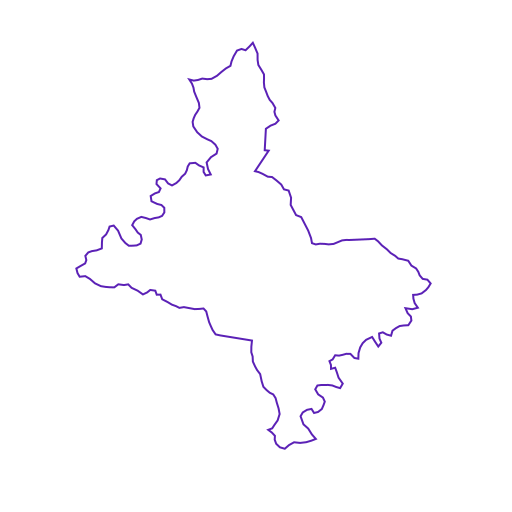 Faxinal dos Guedes, Santa Catarina, Brazil (orthographic projection), rotated 317°
{"feature_id": "56859067B8345863694460", "entity_name": "Faxinal dos Guedes", "entity_type": "district", "adm_level": 2, "iso_a3": "BRA", "parent_name": "Brazil", "parent_adm1": "Santa Catarina", "projection": "orthographic", "projection_center": [-52.248, -26.844], "detail": "fine", "context": "isolated", "style": "outline", "palette": "violet", "viewbox_px": 512, "rotation_deg": 317, "n_neighbors": 0, "source": "geoboundaries", "source_scale": "gbopen_adm2", "svg_char_len": 3780}
<svg xmlns="http://www.w3.org/2000/svg" viewBox="0 0 512 512"><g transform="rotate(317 256 256)"><path d="M327.6,81.4L326.7,86.3L325.1,90.2L322.9,93.6L320.9,98.8L318.6,105.1L315.7,109.1L311.7,110.4L307.8,111.3L304.3,112.8L301.1,114.7L298.5,118.5L297.4,125.4L297.9,131.7L300.0,137.5L301.7,141.5L302.2,146.9L301.1,151.5L297.0,154.2L290.5,153.0L283.7,153.9L280.2,159.7L278.5,165.5L274.2,162.8L275.0,158.8L278.1,155.5L276.1,150.9L275.2,146.5L270.7,143.0L267.1,144.0L263.9,146.1L260.3,147.5L255.7,147.4L251.6,148.3L247.5,148.3L242.7,147.1L241.2,143.0L241.7,137.9L238.7,133.9L235.2,132.9L232.3,135.5L232.3,141.5L228.6,143.0L224.8,141.3L219.9,140.3L216.9,144.7L219.2,150.5L221.6,154.2L221.8,158.2L218.7,161.6L214.7,162.6L211.2,161.4L207.7,159.1L203.4,157.0L201.4,153.2L198.8,149.2L194.3,147.6L190.6,147.6L186.5,149.0L186.1,154.3L185.5,158.2L186.1,162.0L183.7,166.0L180.0,168.2L176.0,166.9L173.0,164.5L170.0,161.8L169.3,157.4L169.5,151.4L172.4,143.4L172.7,136.7L169.0,134.6L165.9,136.3L161.1,138.0L155.9,138.0L152.7,140.9L148.4,145.3L143.3,143.2L139.3,140.5L135.8,139.0L131.3,139.5L129.1,143.3L126.0,144.9L120.6,143.6L116.1,142.6L113.8,146.8L112.9,150.9L117.4,154.3L118.9,159.5L119.6,166.2L122.0,172.3L124.9,176.0L127.8,179.2L131.0,182.3L136.0,182.8L139.6,187.2L143.2,189.6L143.3,194.4L145.8,200.7L147.1,207.0L151.5,208.4L155.5,208.7L158.7,212.7L157.0,216.6L159.8,219.1L157.9,223.7L160.0,229.6L161.3,234.2L163.3,238.1L164.6,241.7L168.4,244.2L172.1,249.2L174.9,253.0L178.5,256.1L181.8,258.6L181.8,262.6L179.4,267.0L176.6,272.4L175.3,276.0L173.8,280.5L173.0,285.8L175.7,289.7L195.4,315.1L190.8,319.1L186.9,323.2L185.0,327.2L181.7,331.1L180.0,336.2L179.0,340.2L178.5,345.2L174.7,351.5L172.2,356.7L172.3,361.3L172.8,365.4L174.2,369.0L173.4,373.3L171.1,377.6L168.6,382.8L165.5,387.7L159.7,391.0L154.3,392.1L150.3,393.1L146.4,391.5L147.2,396.0L147.2,400.4L144.4,403.1L142.7,407.1L143.0,412.2L145.6,416.6L151.2,416.8L156.8,418.2L160.8,422.8L165.7,426.4L170.5,428.8L175.0,430.6L175.2,424.5L176.5,417.8L175.9,411.5L179.3,403.6L183.5,402.3L188.4,403.3L192.3,405.7L191.4,410.4L195.0,412.4L199.8,412.8L203.7,411.1L207.0,409.4L208.4,405.2L207.1,399.6L208.4,393.9L212.6,392.6L215.7,394.8L218.3,397.2L220.9,399.6L223.5,402.7L225.3,406.5L227.4,410.0L232.4,408.5L233.4,401.3L235.8,396.2L237.7,391.7L233.9,389.7L236.5,386.8L238.0,383.0L241.5,383.9L246.2,382.6L248.8,385.5L252.0,387.4L255.3,389.1L258.3,392.0L258.4,397.7L260.8,400.9L264.8,396.9L269.9,393.9L274.6,392.5L279.4,392.4L285.7,394.4L284.6,400.0L283.7,405.6L288.5,404.9L290.0,400.6L293.2,396.6L296.7,398.3L298.0,402.5L300.4,406.4L304.9,403.7L309.2,404.2L313.3,405.2L316.6,407.5L320.2,410.5L325.6,409.2L328.0,405.9L327.9,401.3L329.7,396.1L334.0,401.5L339.1,404.2L339.9,398.7L342.0,394.6L344.4,391.6L347.4,394.1L351.6,396.3L357.1,396.8L360.7,396.4L365.0,395.2L365.2,390.2L362.3,386.4L362.5,381.8L363.9,378.3L364.6,374.3L363.1,369.0L364.1,363.3L360.7,358.0L358.3,354.9L357.9,350.9L356.5,345.7L356.3,340.4L355.3,334.1L355.3,328.5L354.6,324.3L350.2,320.8L335.7,308.4L332.7,305.6L329.6,303.3L321.0,300.1L317.1,297.1L314.3,293.8L311.1,290.6L307.6,288.3L305.7,284.8L308.5,280.4L311.5,273.0L315.6,258.4L313.2,253.4L316.2,242.3L321.4,237.3L324.5,230.4L321.9,226.3L323.2,221.0L322.5,214.7L321.6,209.2L318.7,206.0L316.8,200.3L315.1,196.3L313.1,193.3L337.1,187.6L334.5,184.6L350.0,169.7L355.6,170.6L360.4,172.5L365.0,172.3L366.0,166.5L367.8,163.1L371.1,160.9L372.4,155.4L372.5,151.2L373.7,146.9L375.4,142.8L377.1,138.4L380.1,134.5L382.9,131.7L385.7,128.6L386.8,123.9L388.0,117.9L390.8,113.8L395.2,109.0L397.3,103.3L399.1,97.9L394.3,98.3L388.7,98.4L386.6,94.7L382.2,92.8L375.9,94.7L370.8,97.0L367.0,99.5L362.0,98.3L356.1,97.8L350.4,97.6L344.3,96.1L340.9,93.4L337.7,89.6L333.6,87.7L330.1,85.3L327.6,81.4Z" fill="none" stroke="#5b21b6" stroke-width="2"/></g></svg>